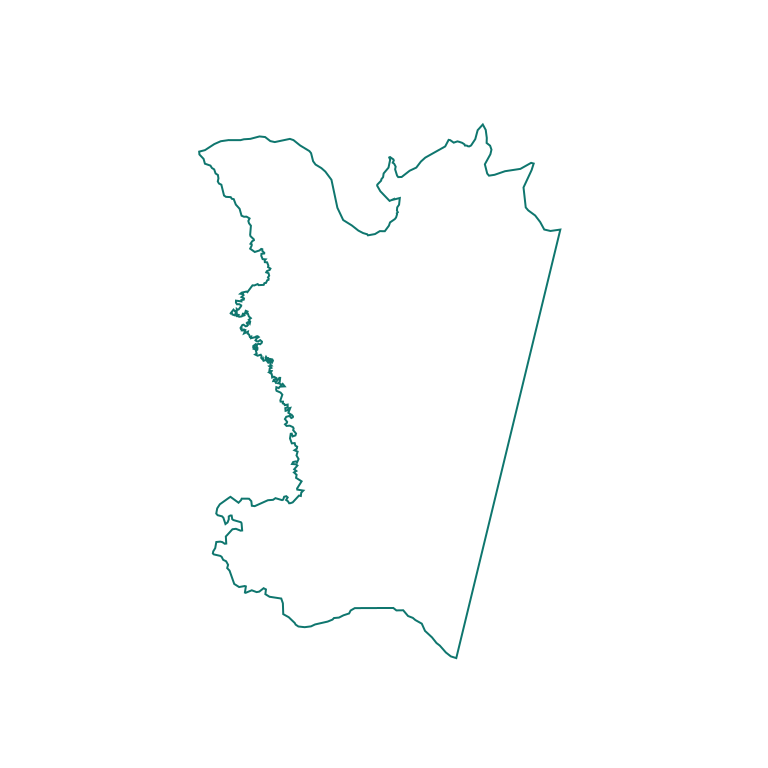 the district of Tarime, Mara, United Republic of Tanzania, rotated 71°
{"feature_id": "72390352B9041864776563", "entity_name": "Tarime", "entity_type": "district", "adm_level": 2, "iso_a3": "TZA", "parent_name": "United Republic of Tanzania", "parent_adm1": "Mara", "projection": "robinson", "projection_center": [34.405, -1.396], "detail": "fine", "context": "isolated", "style": "outline", "palette": "teal", "viewbox_px": 768, "rotation_deg": 71, "n_neighbors": 0, "source": "geoboundaries", "source_scale": "gbopen_adm2", "svg_char_len": 6165}
<svg xmlns="http://www.w3.org/2000/svg" viewBox="0 0 768 768"><g transform="rotate(71 384 384)"><path d="M230.0,457.0L230.9,454.9L234.4,454.8L235.7,455.6L237.9,453.8L238.9,454.9L239.2,458.1L240.1,459.0L241.6,457.1L244.2,457.3L245.4,459.0L246.7,458.7L247.9,459.3L247.9,460.6L250.0,462.7L249.7,464.2L251.1,465.5L249.7,470.4L248.4,470.9L248.6,474.5L247.9,476.2L252.7,483.3L251.8,484.0L251.3,488.7L251.9,490.4L253.2,487.9L254.3,487.9L255.4,490.5L257.5,488.5L258.6,489.2L258.2,491.5L259.5,491.9L257.0,496.8L258.9,497.5L260.8,497.0L261.4,494.9L263.2,493.4L263.8,493.7L266.2,497.2L266.2,498.1L265.1,498.8L266.8,499.4L266.5,501.4L264.7,502.1L267.7,506.7L267.2,504.7L269.0,504.7L270.6,502.6L268.2,500.9L268.4,500.0L271.1,500.7L270.7,499.9L271.4,499.0L272.2,500.3L273.3,499.0L273.7,497.0L273.7,496.2L272.2,495.0L273.6,494.6L273.6,493.5L271.9,493.4L271.9,492.4L269.8,490.9L271.1,489.4L272.8,490.7L273.4,489.8L276.1,489.8L278.4,488.5L279.3,491.0L281.4,490.2L283.2,491.3L281.3,492.1L281.3,493.1L281.7,493.9L283.9,493.4L284.6,494.7L284.4,496.0L282.2,497.5L282.1,498.7L284.3,501.4L285.2,501.4L285.3,500.5L287.0,501.1L287.5,499.8L286.9,498.7L287.9,497.5L290.6,499.8L290.2,495.6L291.9,496.5L293.3,495.5L295.9,495.5L295.9,494.1L297.4,494.8L297.8,490.5L297.4,489.2L297.7,487.9L298.8,487.2L299.3,489.4L300.9,491.3L302.3,490.3L302.8,489.0L302.2,486.8L304.2,485.6L305.2,486.1L306.1,488.1L305.2,489.4L305.2,491.1L306.5,491.8L304.6,492.4L305.5,495.2L306.3,495.5L306.2,494.1L308.3,495.8L309.5,494.0L307.7,492.9L307.8,492.1L308.7,491.9L310.3,492.6L310.8,494.3L313.8,494.5L314.2,496.2L316.1,494.3L316.2,491.0L317.8,490.7L319.3,491.6L321.0,490.9L320.4,490.1L322.8,490.3L322.9,487.3L320.7,487.5L319.9,486.7L321.2,486.4L321.7,485.3L323.1,486.1L323.0,483.9L324.4,481.6L325.8,481.4L327.0,482.6L324.8,482.8L323.5,487.4L326.2,486.5L325.7,484.1L328.7,485.1L330.1,484.4L329.9,486.6L332.1,485.3L332.3,487.1L334.3,488.1L335.2,486.0L335.9,486.7L335.8,488.7L338.1,486.9L341.4,487.6L341.2,485.8L343.4,483.8L344.2,484.2L344.0,486.7L345.2,487.7L345.5,486.3L347.3,485.9L344.1,480.9L344.4,480.2L348.0,481.9L348.8,483.9L349.6,482.4L351.4,481.7L350.8,479.8L353.9,478.7L352.6,483.3L353.6,484.9L352.0,486.8L354.1,487.8L355.5,487.8L358.4,484.6L361.0,483.6L365.7,487.3L367.0,487.5L367.8,485.3L369.4,486.0L370.4,484.8L371.7,484.7L372.1,481.8L374.6,482.6L374.7,485.2L377.3,485.8L377.4,484.0L376.0,481.5L376.1,480.4L380.1,483.8L381.8,482.5L382.8,482.8L382.9,481.4L385.0,480.6L385.8,481.1L386.0,482.7L383.4,483.8L383.2,487.1L384.9,489.1L388.3,487.9L389.1,488.4L389.9,490.7L391.9,489.8L392.7,486.7L395.1,484.2L396.5,483.9L398.1,484.9L402.2,483.3L403.8,484.5L403.8,487.4L400.9,487.4L400.7,488.4L404.9,490.6L410.1,490.5L410.8,487.7L413.4,487.9L415.0,486.5L416.8,487.5L417.5,490.2L419.8,487.7L423.1,490.0L427.1,489.2L429.9,491.8L428.5,492.5L428.2,495.3L429.7,497.0L431.2,493.5L432.9,492.4L435.4,496.7L437.7,495.2L438.3,497.9L441.4,496.2L444.1,497.7L449.2,493.6L454.5,500.2L455.6,500.4L458.5,495.0L459.8,497.6L462.8,499.1L461.8,500.7L466.2,508.9L466.2,511.3L465.9,512.5L463.6,513.0L461.8,514.3L459.9,512.0L458.3,512.9L458.1,515.1L460.5,517.0L460.6,518.2L456.6,523.8L457.4,526.6L456.1,531.6L457.4,546.0L456.1,548.6L451.6,547.6L448.5,549.0L446.1,555.9L447.3,557.0L448.9,560.2L440.7,565.9L441.1,567.6L444.3,578.4L447.3,582.2L451.9,584.8L453.9,584.0L456.4,580.2L458.2,579.4L464.8,579.5L464.0,577.0L461.4,574.8L458.7,573.9L458.3,572.1L458.8,570.9L462.4,571.5L463.6,570.7L468.1,564.3L469.2,564.0L476.3,565.8L476.0,567.3L472.7,571.2L472.0,574.6L476.7,583.2L483.5,585.1L483.2,586.6L480.9,588.3L479.7,590.2L478.8,594.0L484.2,597.0L486.6,599.9L488.5,601.0L489.7,600.4L493.2,594.8L494.5,593.8L497.9,593.3L500.2,591.0L504.2,590.3L507.0,592.2L510.2,590.8L524.3,590.7L528.8,587.1L529.7,581.4L530.4,580.5L535.9,583.4L536.4,582.8L536.0,576.2L539.3,572.2L539.7,569.5L537.9,564.3L539.8,562.5L544.1,564.6L547.9,561.5L553.4,551.0L558.4,551.0L568.8,554.2L573.5,550.0L580.9,546.2L582.7,545.9L585.4,543.9L588.1,538.2L589.4,531.9L588.9,527.5L590.3,514.6L590.0,509.4L589.0,507.5L590.2,502.6L589.5,497.6L589.6,491.7L587.3,489.3L586.4,484.6L598.8,448.1L602.1,446.0L604.2,439.5L611.2,436.8L614.5,432.9L617.4,431.2L622.9,426.3L630.8,425.6L639.2,421.1L646.0,418.7L649.5,416.4L658.0,412.9L663.3,409.5L666.7,404.9L295.4,167.0L293.5,176.8L290.1,182.2L281.7,183.6L273.9,186.2L266.8,191.1L263.2,192.5L243.6,188.1L229.8,174.8L224.3,170.7L222.8,172.9L225.0,185.0L222.2,200.3L222.2,211.3L221.2,216.9L218.6,217.9L209.1,217.1L201.4,208.6L197.4,206.1L193.2,206.1L189.5,208.5L184.8,206.7L176.9,205.1L170.8,206.1L174.5,212.8L182.2,218.0L186.8,224.0L187.1,226.0L186.6,227.2L185.6,228.0L184.8,229.9L183.6,229.9L181.4,231.6L179.4,234.2L178.5,235.6L178.5,239.5L175.0,242.0L174.2,243.4L179.3,248.8L183.4,271.3L185.7,276.7L189.9,283.0L190.7,290.3L194.0,299.9L193.0,303.2L191.2,303.8L184.6,303.6L182.3,302.2L179.0,302.7L177.6,303.7L175.9,302.0L174.7,302.0L171.4,304.4L171.5,305.3L174.0,305.2L180.9,309.3L184.8,315.8L188.1,317.5L189.6,319.9L190.8,320.5L193.3,325.4L194.3,325.9L200.6,324.7L212.7,319.1L212.4,315.4L212.7,315.7L213.3,308.5L219.4,311.4L221.3,314.0L224.2,315.3L226.1,315.0L226.7,316.3L227.8,316.4L230.5,318.4L231.6,320.1L233.2,325.7L235.9,327.8L239.8,333.5L238.1,338.2L239.3,343.7L238.2,350.8L237.0,351.1L234.5,354.6L230.6,358.3L223.6,362.8L215.7,369.2L202.2,370.7L173.8,367.2L164.1,370.3L159.5,372.9L154.2,377.3L150.3,378.5L142.0,377.8L139.5,378.7L131.2,385.6L123.9,390.2L121.6,393.2L119.7,408.5L117.3,412.4L111.8,416.0L109.4,421.1L108.7,430.6L107.0,436.8L106.7,440.4L102.8,451.5L101.3,459.3L101.9,466.3L104.6,477.2L104.1,483.1L106.9,483.8L112.4,481.3L117.4,481.6L121.0,477.0L123.7,476.4L125.8,474.7L130.1,474.7L132.3,473.0L135.7,473.6L138.3,475.2L140.7,474.8L142.6,472.9L153.7,473.9L155.6,472.5L157.4,468.1L159.3,467.6L160.3,465.9L166.1,465.7L171.3,463.5L178.5,463.9L180.3,461.9L181.0,459.5L183.7,457.2L185.7,459.2L188.1,459.3L191.0,458.3L199.4,462.0L200.8,462.1L204.8,460.0L205.7,460.2L206.1,462.2L208.0,464.6L208.9,463.6L210.1,464.1L212.5,466.5L217.1,463.2L217.2,458.2L216.3,456.1L216.9,455.2L218.6,455.7L221.0,454.5L221.6,454.8L221.0,457.5L222.8,458.3L226.4,458.1L227.6,455.4L228.3,456.6L230.0,457.0Z" fill="none" stroke="#0f766e" stroke-width="2"/></g></svg>